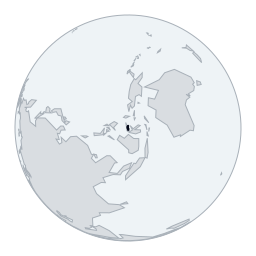 globe centered on Gorontalo, rotated 262°
{"feature_id": "IDN-1837", "entity_name": "Gorontalo", "entity_type": "Province", "adm_level": 1, "iso_a3": "IDN", "parent_name": "Indonesia", "parent_adm1": "", "projection": "orthographic", "projection_center": [122.28, 0.663], "detail": "medium", "context": "on_globe", "style": "filled", "palette": "ink", "viewbox_px": 256, "rotation_deg": 262, "n_neighbors": 0, "source": "natural_earth", "source_scale": "10m", "svg_char_len": 7631}
<svg xmlns="http://www.w3.org/2000/svg" viewBox="0 0 256 256"><g transform="rotate(262 128 128)"><circle cx="128" cy="128" r="113" fill="#eef3f6" stroke="#a8b0b8"/><path d="M219.5,159.8L219.4,160.7L219.3,160.8L219.5,159.8ZM182.9,29.7L185.6,31.3L182.0,29.3L189.9,34.8L190.7,36.6L187.5,33.1L185.4,31.6L184.8,32.0L182.5,30.6L180.9,30.2L178.2,28.7L176.5,27.1L174.7,26.2L174.4,26.6L171.5,25.6L172.3,25.1L167.3,23.5L163.6,21.3L165.8,21.9L174.5,25.4L182.9,29.7ZM233.5,91.7L232.6,89.2L233.4,90.5L233.5,91.7ZM231.9,87.8L232.2,88.6L231.9,88.0L231.9,87.8ZM231.6,87.4L231.8,87.7L231.6,87.7L231.6,87.4ZM231.2,87.3L231.4,87.3L231.2,87.3ZM230.3,86.3L230.1,85.9L230.1,85.7L230.3,86.3ZM188.1,33.1L188.9,33.6L188.1,33.1ZM181.1,30.4L181.8,30.9L180.7,30.5L181.1,30.4ZM175.5,27.9L173.5,27.2L175.3,27.6L175.5,27.9ZM172.1,26.6L167.1,25.3L168.3,26.2L162.2,23.1L168.4,25.1L170.5,25.3L170.5,25.8L172.1,26.6ZM159.6,21.8L158.2,21.4L159.4,21.5L159.6,21.8ZM31.4,70.1L37.8,60.8L37.7,60.6L43.6,53.4L44.3,52.6L44.8,53.5L46.2,51.8L48.9,48.1L52.1,45.4L50.2,46.6L48.7,48.3L47.5,49.3L48.8,47.9L49.9,46.9L50.4,46.4L56.3,41.1L62.6,36.3L69.3,31.9L76.2,28.0L83.4,24.6L90.8,21.7L85.3,24.0L82.4,25.2L83.3,24.6L78.5,26.9L80.8,25.8L79.9,26.4L83.7,24.8L83.3,25.2L87.6,23.2L87.5,23.5L84.7,24.7L90.2,23.1L91.1,23.6L92.5,23.1L93.8,22.5L94.1,23.8L95.2,23.4L95.5,22.8L97.8,21.7L102.0,20.5L101.9,21.0L100.3,21.5L96.9,23.6L92.8,25.2L93.2,25.3L96.7,24.1L100.9,21.5L103.4,20.6L101.9,21.7L102.6,21.2L103.9,21.0L105.0,21.3L106.9,20.2L120.6,18.2L124.1,19.1L121.2,20.0L130.6,20.3L133.8,22.1L134.1,21.4L138.8,21.6L137.9,21.0L138.4,20.7L150.1,21.9L152.7,22.9L158.1,23.4L158.2,23.1L156.6,22.4L162.2,23.1L168.3,26.2L167.6,26.6L171.9,28.6L169.8,29.3L170.0,31.0L165.3,31.1L165.9,32.8L167.5,33.4L169.5,36.5L168.2,41.1L162.2,34.4L162.9,28.5L162.0,30.4L160.1,29.3L158.5,29.6L158.0,31.3L159.3,31.9L147.7,32.0L142.5,36.8L148.0,37.4L150.6,39.7L149.4,47.4L135.9,57.0L139.3,61.6L138.9,64.3L134.8,65.5L135.2,61.4L131.8,59.5L132.6,57.3L126.1,58.3L127.1,55.2L121.6,57.8L122.7,60.5L128.1,60.5L123.0,64.6L127.4,69.9L127.0,75.9L116.4,85.6L107.1,88.1L106.3,90.0L103.1,87.5L98.1,91.1L103.5,103.1L103.0,106.5L95.2,112.4L95.2,109.8L86.6,103.1L84.5,111.1L90.9,118.4L93.1,126.7L87.9,123.8L85.7,116.5L82.7,113.9L84.0,106.8L82.3,96.3L77.0,98.0L77.8,93.9L74.7,85.4L67.4,87.7L55.6,98.1L53.3,108.7L49.5,113.3L46.6,97.8L48.1,87.8L45.3,88.6L43.8,80.3L36.1,79.6L36.6,77.1L34.8,78.2L34.0,75.7L35.3,71.8L34.1,72.0L31.0,82.6L32.5,82.4L35.9,78.4L34.6,82.2L35.6,85.8L29.0,95.1L20.2,103.6L21.9,95.7L28.7,75.1L29.9,72.8L30.1,72.6L30.3,72.1L28.3,75.8L30.3,71.9L23.9,85.9L21.7,92.2L20.0,104.1L19.5,105.3L19.8,107.9L23.7,104.9L23.2,107.6L19.7,120.1L16.6,137.3L18.5,149.2L20.8,159.4L22.1,166.2L25.4,174.1L26.5,176.9L23.3,169.6L20.6,162.1L18.5,154.4L16.9,146.6L15.9,138.8L15.4,130.8L15.5,122.9L16.1,114.9L17.3,107.1L19.1,99.3L21.4,91.7L24.2,84.2L27.6,77.0L31.4,70.1ZM42.6,59.6L44.6,60.3L48.3,54.6L49.4,54.6L50.2,52.8L48.6,54.3L51.3,49.6L53.9,48.3L56.0,46.1L55.4,45.8L50.3,49.1L46.3,55.5L43.9,57.7L42.6,59.6ZM36.6,62.4L35.3,64.1L35.8,63.2L36.2,62.8L36.6,62.4ZM68.3,213.0L70.6,214.4L69.5,214.5L68.3,213.0ZM24.7,158.0L29.3,175.8L28.0,175.8L25.5,170.5L22.3,159.7L22.9,156.7L22.6,151.9L24.7,158.0ZM121.6,148.0L125.1,148.8L125.0,149.3L121.6,148.0ZM117.9,145.8L121.9,146.3L117.3,147.0L117.9,145.8ZM123.4,146.5L127.5,145.9L129.2,145.1L128.9,146.2L123.4,146.5ZM115.2,145.7L101.0,144.5L95.5,142.7L96.7,140.8L105.6,142.0L115.2,145.7ZM96.2,140.7L87.9,134.7L77.1,118.4L81.0,118.9L92.4,129.0L91.6,130.6L96.7,135.3L96.2,140.7ZM116.8,132.2L116.0,137.2L108.1,136.1L104.5,135.0L102.0,128.5L103.4,125.3L106.3,125.6L118.0,115.7L121.9,118.7L118.3,122.9L121.6,127.5L116.8,132.2ZM53.5,109.7L55.1,116.3L53.1,117.3L53.5,109.7ZM123.0,108.6L118.1,112.9L122.7,107.1L123.0,108.6ZM125.9,103.1L126.0,105.5L124.3,103.0L125.9,103.1ZM105.9,93.1L102.8,93.4L102.9,91.8L106.9,90.5L105.9,93.1ZM126.6,81.1L126.0,85.6L125.2,87.1L124.1,84.2L126.6,81.1ZM106.3,18.8L100.7,19.7L96.6,20.8L94.4,21.9L95.1,21.0L101.4,19.3L106.3,18.8ZM118.9,18.1L120.8,17.5L121.6,17.8L121.2,18.0L118.9,18.1ZM118.9,17.8L118.2,17.2L120.4,16.9L120.5,17.4L118.9,17.8ZM110.8,16.9L109.2,17.1L110.0,16.9L110.8,16.9ZM193.0,202.5L194.2,203.6L190.9,206.6L186.6,209.5L182.5,210.0L193.0,202.5ZM160.9,206.5L160.6,202.4L165.3,202.6L163.5,206.0L160.9,206.5ZM196.1,200.3L198.9,197.0L199.9,192.4L199.7,196.7L202.1,197.4L195.1,203.5L196.1,200.3ZM143.1,187.9L121.2,193.8L116.2,192.4L117.2,189.1L112.3,178.7L113.9,179.1L112.5,172.2L125.4,167.2L134.5,156.9L141.9,158.3L147.3,151.0L155.1,152.4L152.9,158.4L161.0,163.4L166.3,150.1L171.5,165.7L177.6,172.0L179.6,182.1L169.6,197.4L163.6,199.9L162.4,198.1L159.9,199.5L155.9,198.3L153.5,192.6L151.1,194.1L153.3,190.2L149.9,193.5L147.7,189.8L143.1,187.9ZM198.4,167.6L199.6,168.3L201.6,171.3L199.6,170.5L198.4,167.6ZM216.5,162.4L217.0,163.8L215.8,163.8L216.5,162.4ZM219.3,160.8L217.8,160.9L219.5,159.8L219.3,160.8ZM204.5,159.7L205.1,160.8L204.6,161.1L204.5,159.7ZM204.0,159.3L204.7,157.9L204.6,159.4L204.0,159.3ZM198.3,150.1L199.0,149.5L199.3,150.1L198.3,150.1ZM130.3,149.3L135.1,145.8L137.8,145.7L130.3,149.3ZM197.2,148.3L195.4,147.9L195.6,147.1L197.2,148.3ZM197.3,146.5L197.1,145.3L198.2,148.1L197.3,146.5ZM193.8,143.4L196.0,145.7L193.5,143.6L193.8,143.4ZM192.5,143.5L190.9,142.3L191.0,142.0L192.5,143.5ZM174.7,142.4L180.7,149.8L176.0,149.0L170.7,144.1L166.7,147.5L157.5,145.7L159.5,143.6L158.2,139.8L148.9,137.4L147.0,134.8L150.3,133.6L144.1,131.1L150.9,130.8L153.6,135.9L157.4,132.6L164.1,134.3L170.7,136.8L176.0,141.1L174.7,142.4ZM151.0,141.3L152.1,141.5L151.1,142.8L151.0,141.3ZM187.8,139.2L190.2,141.9L189.9,142.5L188.8,141.9L187.8,139.2ZM177.2,140.4L182.9,137.3L184.3,137.6L180.5,141.5L177.2,140.4ZM181.5,134.5L184.2,135.5L185.6,138.0L185.1,138.5L181.5,134.5ZM137.3,135.4L137.0,136.7L135.3,135.5L137.3,135.4ZM139.5,134.9L144.7,136.9L139.0,136.0L139.5,134.9ZM123.9,128.8L125.4,132.1L130.1,130.5L126.5,133.0L129.7,138.5L128.7,140.4L125.4,134.5L124.4,140.1L122.3,139.9L121.1,134.8L123.2,129.0L125.3,126.7L133.8,126.5L123.9,128.8ZM139.4,131.1L138.1,127.3L139.1,125.0L140.6,127.1L139.4,131.1ZM134.1,118.3L130.6,113.9L127.3,115.2L134.1,110.2L136.3,115.2L134.1,118.3ZM131.3,109.2L128.2,110.3L131.5,107.3L131.3,109.2ZM127.5,108.9L127.2,106.1L129.6,106.7L127.5,108.9ZM132.9,109.5L133.7,104.8L134.8,107.7L132.9,109.5ZM126.5,99.9L131.4,104.8L124.8,102.3L125.1,93.5L127.9,93.5L126.5,99.9ZM145.7,68.2L145.2,66.0L148.0,65.8L147.5,67.4L145.7,68.2ZM156.4,64.2L148.5,65.1L142.2,66.3L143.9,67.5L142.1,71.0L139.7,67.2L144.5,63.7L149.2,63.6L150.3,60.7L154.1,59.3L153.9,55.7L155.6,54.5L157.3,57.8L156.4,64.2ZM153.6,54.2L154.6,48.5L159.5,50.1L160.4,51.7L157.9,53.5L155.4,52.6L153.6,54.2ZM156.3,47.6L153.9,46.7L150.4,38.4L150.8,37.2L156.1,43.8L154.2,43.4L154.2,45.3L156.3,47.6ZM158.4,21.7L158.2,21.4L159.3,21.8L158.4,21.7ZM137.7,20.4L138.6,20.1L139.8,20.5L137.7,20.4ZM141.6,19.7L139.7,19.4L141.8,19.5L141.6,19.7ZM135.2,19.0L138.9,19.2L135.3,19.4L135.2,19.0Z" fill="#d9dde1" stroke="#a8b0b8" stroke-width="1"/><path d="M127.8,127.3L128.0,127.3L128.3,127.3L128.5,127.4L128.8,127.4L128.8,127.5L129.0,127.6L129.3,127.6L129.3,127.4L129.6,127.5L129.8,127.7L129.9,127.8L130.0,127.9L130.1,128.0L130.3,128.1L130.4,128.3L130.4,128.5L130.2,128.7L129.9,128.7L129.7,128.5L129.7,128.4L129.4,128.4L129.1,128.3L128.9,128.4L128.7,128.3L128.1,128.3L127.8,128.4L127.7,128.4L127.4,128.4L127.2,128.4L127.1,128.5L126.9,128.3L126.7,128.3L126.7,128.2L126.6,128.3L126.5,128.2L126.5,128.3L126.4,128.4L126.2,128.4L126.2,128.2L125.9,128.1L125.9,127.9L126.0,127.8L126.0,127.7L126.3,127.6L126.5,127.6L126.8,127.5L127.2,127.4L127.4,127.5L127.5,127.4L127.8,127.3Z" fill="#0f172a" stroke="#020617" stroke-width="1.5"/></g></svg>